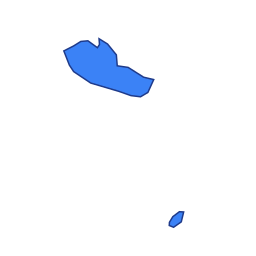 the District of Rum Cay, rotated 213°
{"feature_id": "BHS-5032", "entity_name": "Rum Cay", "entity_type": "District", "adm_level": 1, "iso_a3": "BHS", "parent_name": "The Bahamas", "parent_adm1": "", "projection": "orthographic", "projection_center": [-74.928, 23.749], "detail": "fine", "context": "isolated", "style": "filled", "palette": "blue", "viewbox_px": 256, "rotation_deg": 213, "n_neighbors": 0, "source": "natural_earth", "source_scale": "10m", "svg_char_len": 504}
<svg xmlns="http://www.w3.org/2000/svg" viewBox="0 0 256 256"><g transform="rotate(213 128 128)"><path d="M155.8,153.7L183.7,145.4L204.3,145.7L211.4,148.8L223.8,157.7L218.3,167.2L214.7,174.9L209.1,179.3L197.4,178.7L197.4,182.5L200.9,187.1L190.9,187.3L177.6,183.0L170.9,174.3L160.9,178.9L142.6,179.1L132.8,182.6L130.7,168.7L134.5,161.0L143.1,156.8L155.8,153.7ZM40.3,68.7L41.9,71.5L42.1,78.1L39.3,85.8L35.6,87.9L32.2,78.3L35.7,69.6L40.3,68.7Z" fill="#3b82f6" stroke="#1e3a8a" stroke-width="1.5"/></g></svg>